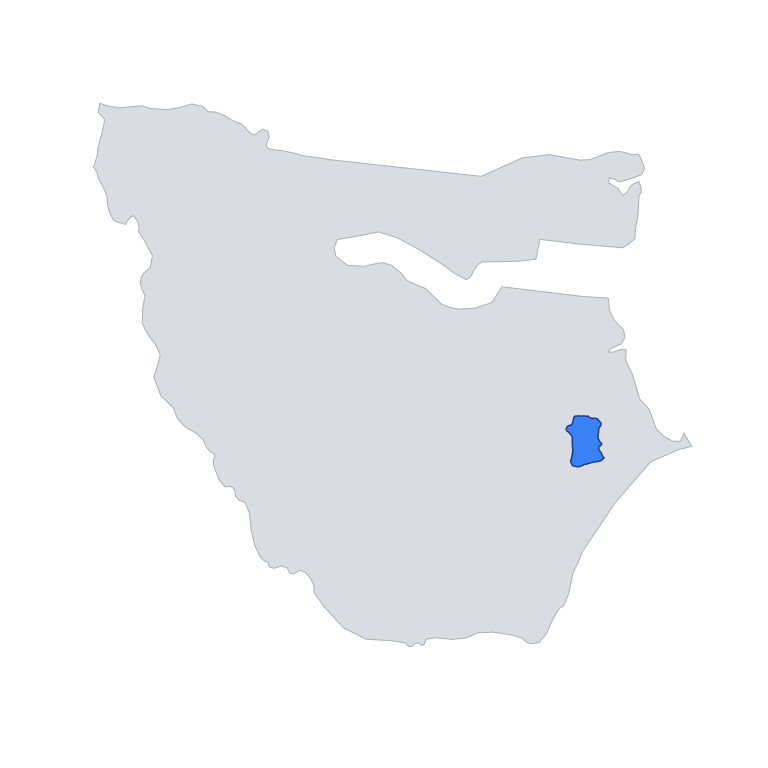 Bambey, Diourbel, Senegal shown in context, rotated 186°
{"feature_id": "50182788B75300917140294", "entity_name": "Bambey", "entity_type": "district", "adm_level": 2, "iso_a3": "SEN", "parent_name": "Senegal", "parent_adm1": "Diourbel", "projection": "natural_earth1", "projection_center": [-16.464, 14.81], "detail": "fine", "context": "in_parent", "style": "filled", "palette": "blue", "viewbox_px": 768, "rotation_deg": 186, "n_neighbors": 0, "source": "geoboundaries", "source_scale": "gbopen_adm2", "svg_char_len": 6083}
<svg xmlns="http://www.w3.org/2000/svg" viewBox="0 0 768 768"><g transform="rotate(186 384 384)"><path d="M604.0,347.8L613.7,366.9L611.7,376.1L609.5,389.4L615.0,399.2L621.3,405.5L625.9,411.3L630.9,419.4L631.8,435.4L630.9,446.9L634.2,452.1L637.0,458.7L636.5,464.2L634.7,469.1L628.7,475.5L627.7,487.5L637.6,502.0L644.0,509.9L644.0,514.4L645.8,519.4L650.5,525.2L653.3,523.8L656.5,519.1L657.9,515.8L666.4,517.3L670.4,518.7L675.9,528.2L677.9,534.5L679.3,542.4L685.0,552.3L690.0,559.3L691.1,563.7L695.5,569.5L692.8,582.6L693.2,589.3L690.3,606.9L689.6,615.2L689.8,618.2L696.6,624.5L696.0,633.4L689.1,631.8L677.2,630.8L653.4,635.4L645.2,633.5L629.6,634.1L618.4,636.7L604.3,642.4L593.3,641.0L587.4,636.5L579.6,636.8L570.8,634.3L561.4,629.9L552.8,627.7L543.5,619.6L539.2,618.2L536.2,620.3L533.6,623.0L531.0,624.7L525.9,623.2L524.0,617.7L525.6,612.4L526.0,608.4L523.7,606.2L518.0,605.4L508.9,605.4L494.2,603.8L490.9,602.8L458.0,601.4L423.9,601.2L395.0,601.1L358.5,600.9L332.8,600.8L308.9,600.7L290.4,611.5L270.4,623.2L243.5,629.4L212.5,627.1L202.6,628.7L192.4,633.9L184.9,637.7L174.2,640.0L160.4,638.1L154.8,639.2L151.4,633.9L147.4,625.3L149.9,619.0L158.3,614.9L170.9,609.6L177.6,612.3L181.4,612.4L182.2,609.0L180.9,607.2L171.4,602.6L166.4,596.5L162.3,600.0L158.8,607.5L155.9,609.8L151.6,611.9L149.1,606.8L148.1,601.8L150.0,598.0L149.0,576.5L150.2,565.1L149.6,555.0L155.6,548.4L161.2,544.4L183.4,544.0L204.0,543.6L223.8,543.9L244.0,544.1L246.0,524.0L252.4,522.5L261.9,520.4L279.8,518.0L299.6,515.6L303.8,511.7L307.1,505.1L309.2,499.1L313.3,496.6L318.9,498.6L326.2,501.7L333.7,506.5L342.4,511.0L348.1,513.8L362.0,520.9L385.7,530.7L405.2,534.7L428.7,527.5L445.7,522.8L447.8,514.2L445.1,505.8L432.5,498.1L415.3,499.0L410.0,501.1L402.0,503.6L397.1,504.6L389.0,502.8L378.7,496.2L372.2,489.5L363.1,486.3L352.4,483.2L335.1,469.4L326.1,466.9L317.6,466.2L301.2,469.0L285.3,476.3L276.9,493.0L260.9,492.8L227.0,492.3L195.8,491.8L170.0,492.9L167.4,480.8L161.3,471.1L151.4,462.9L149.3,455.2L152.6,448.5L162.2,443.0L164.4,439.1L159.4,439.7L151.8,443.2L146.8,443.4L146.1,432.8L137.8,419.2L128.3,396.0L117.6,386.5L108.6,367.8L99.3,360.6L90.6,357.3L83.3,358.0L80.6,366.5L71.4,354.2L83.9,349.8L110.8,334.4L141.6,290.2L169.2,237.8L172.8,225.5L176.2,216.1L178.4,194.7L182.3,182.0L186.0,179.5L190.7,169.8L196.4,152.6L202.8,143.1L209.9,141.2L215.5,142.1L219.4,145.6L231.1,147.8L250.4,148.6L265.3,146.1L275.8,140.1L289.6,137.1L306.7,137.0L315.7,134.5L316.6,129.6L318.8,128.1L322.4,130.1L325.8,129.3L328.9,125.8L332.1,125.6L335.2,128.6L349.6,129.5L375.1,128.3L398.8,137.3L420.5,156.5L431.7,169.3L432.4,175.7L436.1,182.2L442.6,188.7L448.5,189.9L453.9,185.8L458.1,186.2L461.2,191.2L467.4,192.2L474.2,189.2L479.1,190.2L480.1,193.2L481.2,194.7L484.5,195.4L489.0,199.2L495.4,209.4L500.5,223.6L504.5,241.9L509.8,251.8L516.3,253.4L520.1,257.2L520.8,261.5L522.7,264.5L525.9,266.1L531.3,265.1L537.8,271.3L544.8,284.7L545.9,290.7L544.8,293.9L545.2,296.3L549.8,298.6L554.2,302.9L557.8,309.5L565.5,315.4L577.3,320.5L585.8,328.1L591.0,338.3L601.8,346.9L604.0,347.8Z" fill="#d9dde1" stroke="#a8b0b8" stroke-width="1"/><path d="M187.9,322.4L187.4,322.4L186.9,322.3L186.0,322.3L185.1,322.2L184.3,322.0L183.5,321.9L182.8,322.0L182.7,322.0L182.2,322.1L181.6,322.2L181.0,322.4L180.3,322.6L179.7,322.9L179.2,323.1L178.8,323.3L178.6,323.4L178.3,323.6L177.6,324.1L176.9,324.7L176.6,325.0L176.0,325.1L175.1,325.2L174.3,325.4L173.0,326.1L172.8,326.2L171.1,326.8L170.1,327.2L169.2,327.6L168.7,327.8L167.5,328.2L166.0,328.6L164.8,328.8L163.1,329.3L161.8,329.7L160.8,330.0L160.7,330.1L160.3,330.4L159.7,330.9L158.5,332.1L157.4,333.5L158.4,334.5L159.2,335.3L159.9,336.4L160.4,337.7L160.7,338.3L161.2,338.8L162.0,339.4L162.7,340.3L163.1,340.9L163.4,341.5L163.6,342.1L163.7,342.4L163.8,343.1L163.8,343.3L163.8,343.8L163.6,344.2L163.2,344.4L162.6,344.9L162.0,345.7L161.6,346.1L161.2,346.8L161.2,347.4L161.6,347.8L162.1,348.3L162.6,348.7L163.4,349.3L163.8,349.6L164.4,351.0L164.8,351.4L165.4,352.2L165.5,352.7L165.5,352.8L165.6,354.0L165.7,355.3L165.8,355.8L165.8,356.1L165.7,356.7L165.6,357.7L165.6,358.4L165.6,358.8L165.7,360.9L165.7,361.0L165.7,361.9L165.5,362.8L165.3,363.3L165.0,363.8L164.5,364.4L164.1,365.2L164.0,365.9L164.0,366.7L164.1,367.8L164.3,368.0L164.6,368.2L164.8,368.4L165.1,368.9L165.6,369.1L166.1,369.6L166.4,370.0L166.7,370.2L167.0,370.6L167.3,371.0L167.6,371.2L168.1,371.5L168.7,371.8L169.3,372.0L169.8,372.0L170.7,371.9L171.7,371.8L172.4,371.7L173.4,371.7L173.8,371.7L174.0,371.7L174.8,371.8L175.0,371.8L175.6,372.0L176.2,372.3L176.9,372.7L177.4,373.2L177.7,373.5L178.2,373.4L178.8,373.1L179.4,373.0L180.3,373.0L181.2,373.2L182.1,373.1L182.7,373.1L183.1,372.9L183.3,372.9L183.8,372.7L184.5,372.7L185.6,372.7L186.6,372.6L187.1,372.6L188.2,372.5L188.9,372.3L189.4,372.2L190.2,372.1L190.4,372.1L190.7,371.9L190.9,371.8L191.5,371.1L191.7,370.6L191.9,369.6L192.0,368.9L192.1,367.5L192.2,366.7L192.3,365.1L192.6,364.0L193.1,363.3L193.7,362.8L194.2,362.5L194.8,362.3L195.5,362.1L196.6,361.4L197.2,361.0L197.7,360.2L197.8,359.9L198.0,359.4L198.3,358.4L197.1,356.3L197.1,356.2L196.2,355.8L195.6,355.6L194.4,354.6L193.4,353.6L192.6,352.7L191.9,352.1L191.6,351.7L191.2,350.8L191.2,350.4L191.1,350.0L191.1,349.8L191.0,349.5L191.0,349.0L191.0,348.7L190.9,348.3L190.9,347.9L190.8,347.7L190.8,347.4L190.8,347.1L190.8,346.7L190.7,346.3L190.7,345.9L190.6,345.7L190.6,345.4L190.6,345.1L190.5,344.7L190.5,344.4L190.4,343.9L190.4,343.5L190.3,343.2L190.3,342.9L190.2,342.5L190.2,342.0L190.1,341.7L190.0,341.1L190.0,340.9L189.9,340.8L189.7,340.3L189.7,340.0L189.6,339.8L189.6,339.3L189.5,338.9L189.5,338.7L189.5,338.4L189.4,338.0L189.3,337.6L189.3,337.2L189.3,336.6L189.3,336.1L189.3,335.6L189.3,335.3L189.2,335.2L189.3,335.2L189.3,334.7L189.3,334.4L189.4,334.0L189.4,333.6L189.5,333.3L189.5,333.0L189.5,332.8L189.6,332.5L189.6,332.1L189.7,331.8L189.7,331.4L189.7,331.0L189.7,330.6L189.7,330.3L189.7,329.9L189.7,329.6L189.7,329.0L189.8,328.7L190.0,328.3L190.0,328.0L190.1,327.8L190.3,327.4L190.3,327.2L190.4,326.9L190.4,326.7L190.2,326.2L190.0,325.8L189.9,325.6L189.8,325.4L187.9,322.4Z" fill="#3b82f6" stroke="#1e3a8a" stroke-width="1.5"/></g></svg>